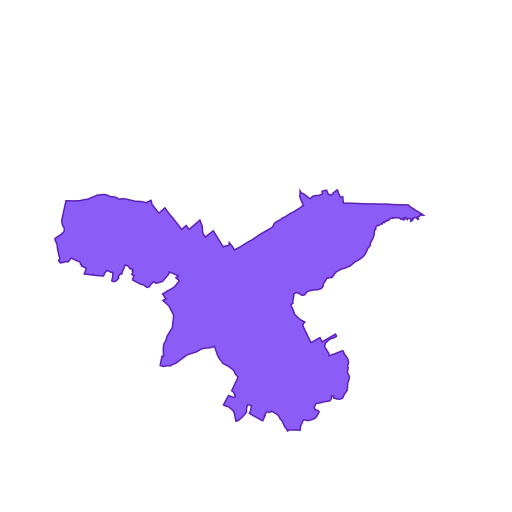 Bogdand, Satu Mare, Romania, rotated 140°
{"feature_id": "2599482B86952368934963", "entity_name": "Bogdand", "entity_type": "district", "adm_level": 2, "iso_a3": "ROU", "parent_name": "Romania", "parent_adm1": "Satu Mare", "projection": "orthographic", "projection_center": [22.927, 47.421], "detail": "fine", "context": "isolated", "style": "filled", "palette": "violet", "viewbox_px": 512, "rotation_deg": 140, "n_neighbors": 0, "source": "geoboundaries", "source_scale": "gbopen_adm2", "svg_char_len": 6129}
<svg xmlns="http://www.w3.org/2000/svg" viewBox="0 0 512 512"><g transform="rotate(140 256 256)"><path d="M404.0,388.1L408.2,379.7L409.9,379.7L409.9,378.8L410.3,378.8L410.4,376.6L409.9,376.1L405.4,373.9L403.6,372.2L400.2,373.1L399.0,373.2L394.6,364.1L395.7,362.6L395.4,361.7L395.5,361.5L395.4,360.8L396.1,360.5L393.9,355.6L399.2,352.6L394.5,347.6L393.8,347.2L392.9,347.1L392.8,346.5L393.1,346.1L392.8,345.8L386.2,339.0L385.0,339.0L382.4,340.4L381.8,340.3L380.0,341.0L379.9,340.5L378.3,338.9L377.8,337.1L376.4,335.7L376.7,334.9L378.2,333.1L382.4,329.7L382.5,329.4L382.1,328.6L380.4,327.0L377.5,326.9L375.2,327.4L375.0,328.7L371.1,329.5L370.6,328.7L370.2,328.5L367.5,330.6L365.6,331.1L363.7,332.5L362.7,332.6L361.8,333.3L360.3,330.2L360.7,327.9L360.6,327.1L360.2,326.3L359.4,326.0L359.1,324.4L360.7,323.8L360.5,322.8L363.1,321.8L362.7,320.5L361.9,319.4L365.4,317.7L365.9,316.9L362.5,308.5L360.7,306.3L359.8,302.2L359.0,301.5L357.3,301.1L354.3,301.9L350.8,302.1L350.6,300.7L350.1,299.3L344.1,296.6L336.1,297.9L333.6,298.6L332.8,299.5L330.9,296.2L328.2,290.6L329.4,290.5L330.6,291.0L331.4,290.9L330.8,287.5L330.9,286.0L334.2,285.7L337.0,284.9L340.9,285.0L347.0,286.3L347.7,286.1L349.2,286.7L349.6,286.4L351.9,287.0L352.7,281.3L352.5,281.0L355.9,281.8L354.8,273.7L357.2,263.4L366.2,254.9L375.8,251.7L380.0,248.9L383.1,247.9L386.2,245.1L391.4,238.6L392.6,239.6L399.8,233.7L398.0,230.9L394.7,229.1L392.2,226.9L389.2,226.5L387.6,225.7L385.4,225.3L372.4,224.6L363.2,220.8L358.1,220.0L354.8,218.6L350.1,215.2L345.9,213.4L349.3,204.6L350.2,200.3L350.1,198.4L350.4,194.8L347.7,188.5L347.6,187.0L347.1,185.5L346.8,183.5L346.8,181.1L347.3,180.2L347.7,178.6L347.6,174.7L361.2,168.4L360.7,166.3L361.4,163.9L361.3,163.5L361.7,162.7L361.6,162.3L363.1,161.4L364.6,162.9L366.7,166.8L376.6,162.9L375.6,160.3L374.3,158.8L373.9,157.9L372.8,151.7L373.0,151.6L374.0,148.9L377.6,142.4L375.8,141.4L370.6,141.4L365.6,142.0L363.6,142.6L361.4,145.1L359.0,147.0L357.8,147.5L355.6,144.1L357.6,142.8L359.3,141.2L362.3,139.7L357.6,127.3L356.7,125.4L351.9,127.8L352.3,128.2L347.9,129.8L346.1,127.5L344.6,127.0L343.8,127.2L341.4,120.2L341.7,117.6L342.2,115.8L342.2,111.9L343.7,107.1L343.9,103.7L344.3,101.6L342.2,101.3L335.3,95.3L334.5,94.1L332.9,95.3L331.6,96.8L325.2,99.9L323.9,99.0L322.5,96.9L322.0,96.5L317.5,94.4L314.9,93.7L312.7,94.0L308.0,95.9L307.7,96.3L307.8,97.8L309.5,100.1L309.2,100.6L309.2,101.5L308.2,103.0L305.1,104.2L303.8,104.0L301.7,102.4L298.3,101.0L292.7,97.6L290.3,98.1L287.9,100.3L286.5,99.0L287.9,97.3L286.2,95.1L286.2,94.8L284.1,92.6L281.4,91.5L280.3,91.7L277.5,93.2L272.4,94.6L271.8,95.7L270.4,96.3L269.2,97.9L267.8,99.1L267.5,99.7L264.3,101.5L261.9,103.7L261.2,106.3L261.3,106.7L260.4,108.5L257.2,111.2L256.9,112.2L256.0,113.3L254.6,114.0L253.3,115.2L252.5,116.8L251.8,118.6L251.3,122.4L251.5,123.8L250.7,125.9L250.3,127.7L264.3,132.5L262.7,134.6L262.8,135.6L262.3,137.6L262.0,141.9L259.8,144.0L258.9,144.6L255.0,144.8L252.9,144.9L248.2,143.0L246.1,142.7L245.7,143.1L245.3,145.1L260.5,147.7L259.5,152.4L269.5,154.2L267.8,161.8L267.4,162.7L266.2,168.1L264.7,172.9L262.7,173.9L261.1,173.9L262.8,178.4L263.3,180.4L263.9,186.5L262.2,190.8L261.1,195.3L260.3,196.4L258.2,196.0L256.4,198.2L253.6,200.3L251.7,202.5L249.4,202.5L248.3,201.8L247.0,199.7L246.3,197.0L245.6,195.9L243.3,194.9L242.6,195.4L240.4,195.7L238.1,195.4L232.6,192.3L230.7,190.7L227.1,189.1L224.3,189.5L222.2,191.5L219.0,192.3L215.9,193.5L214.9,192.5L213.7,192.5L211.9,190.7L210.8,190.7L210.2,191.2L209.6,191.1L205.6,192.2L203.8,192.1L198.0,190.9L197.4,190.2L190.6,187.9L183.2,187.8L180.4,187.0L174.7,186.6L171.7,187.1L167.3,188.9L166.6,189.6L161.7,190.7L160.1,192.3L155.9,194.0L152.5,195.9L148.3,199.7L147.4,199.9L147.2,199.5L146.8,199.7L146.4,200.2L146.3,200.9L143.5,201.6L142.8,200.6L139.1,200.0L138.6,199.4L138.1,199.9L136.7,199.8L136.3,199.3L135.9,199.9L135.6,199.2L134.8,199.3L134.1,199.0L133.7,199.2L133.3,198.8L132.7,199.2L132.0,198.9L132.0,198.3L131.1,198.0L130.9,198.4L130.3,198.4L128.6,198.2L127.4,197.7L127.0,197.1L126.7,197.3L126.2,196.5L124.9,196.1L124.3,195.2L123.4,194.9L122.0,193.2L121.7,192.7L121.5,191.2L120.9,191.4L120.5,190.6L120.2,191.2L120.2,189.3L119.8,188.9L118.6,188.5L118.8,189.5L118.1,190.2L116.8,189.6L116.7,186.9L116.6,187.0L116.7,187.4L116.2,187.7L115.7,187.4L114.4,185.9L113.8,184.8L113.9,183.8L115.8,182.9L112.7,182.9L112.0,183.3L112.1,184.2L111.4,184.0L109.0,182.9L108.4,180.7L108.5,180.1L108.3,180.0L107.6,179.8L107.4,181.4L107.5,182.2L107.4,182.3L105.0,181.3L103.9,182.1L103.6,181.5L101.6,179.7L102.2,182.4L103.2,185.1L103.2,185.7L104.4,188.2L104.6,189.5L106.4,195.2L106.4,197.1L117.5,206.9L122.9,212.2L126.3,214.9L133.7,221.5L135.6,222.7L135.8,223.3L136.7,223.9L150.4,236.4L154.6,239.8L155.0,240.5L151.4,245.7L153.6,246.5L152.7,249.6L152.7,250.5L151.5,253.0L151.4,254.6L156.5,254.6L159.1,254.2L161.0,256.6L160.0,260.0L159.6,260.9L160.5,261.6L163.7,263.1L163.9,263.1L165.0,260.9L169.0,262.0L171.5,264.0L174.0,265.3L177.6,265.0L178.4,267.0L178.4,268.0L179.2,271.8L180.7,275.4L180.4,277.5L182.0,275.6L184.2,273.5L185.5,270.1L186.4,267.1L186.9,264.3L187.2,264.2L189.0,264.7L190.2,264.4L200.9,266.0L201.9,266.5L209.4,267.4L210.6,268.1L213.9,268.1L216.9,268.9L220.8,269.3L224.1,267.8L225.0,267.6L226.7,267.8L238.9,270.0L249.6,271.0L250.6,271.4L258.5,272.7L261.6,273.0L268.7,274.6L267.9,279.1L267.9,283.4L269.5,281.9L270.3,281.8L273.4,283.5L275.3,283.9L272.5,302.8L282.6,303.1L282.2,307.0L281.9,308.0L280.8,309.8L279.6,311.1L277.9,313.7L275.9,319.6L290.2,319.3L289.8,324.2L295.9,324.2L295.3,337.8L295.4,344.5L294.9,351.5L301.7,351.2L302.9,351.7L302.6,357.5L302.7,359.0L302.4,360.6L302.7,362.0L300.6,366.0L300.7,366.3L302.9,366.6L304.0,367.2L305.4,367.0L309.6,372.2L310.2,372.5L310.3,373.0L311.2,373.4L312.0,374.5L312.9,375.0L318.5,382.6L320.6,384.9L321.7,386.0L324.2,387.3L325.0,389.0L325.0,390.3L326.4,391.6L327.2,393.1L329.3,394.8L329.7,396.0L331.9,399.9L334.7,402.2L337.6,403.9L338.6,404.9L340.1,405.1L349.3,408.0L350.1,408.9L355.4,411.6L361.2,416.2L366.0,420.5L382.5,407.7L384.7,403.3L384.8,401.0L387.0,398.2L390.9,397.8L397.9,398.6L399.2,398.2L399.9,396.7L400.7,393.3L404.0,388.1Z" fill="#8b5cf6" stroke="#5b21b6" stroke-width="1.5"/></g></svg>